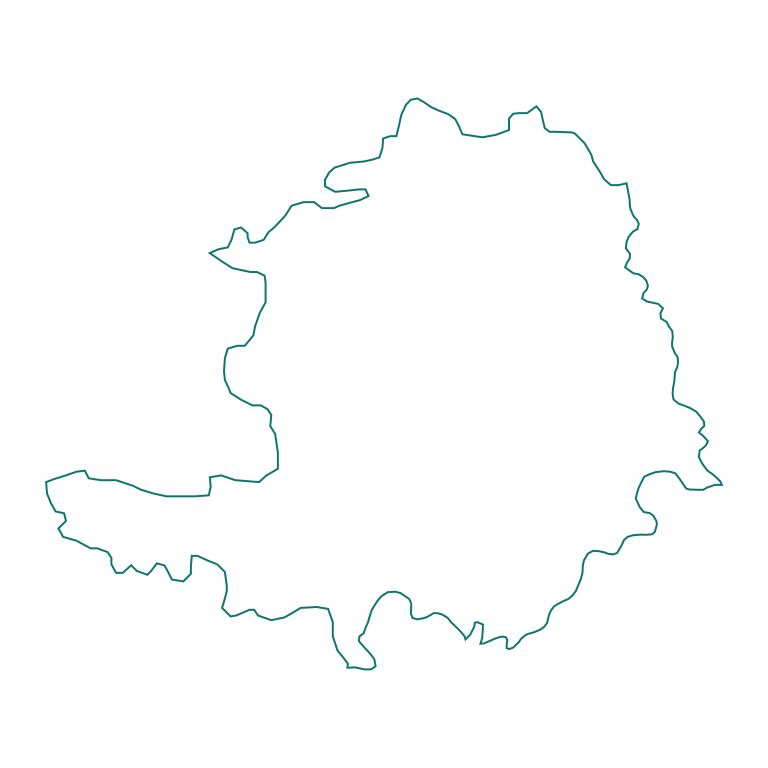 the district of Asipovichy, Mogilev, Belarus
{"feature_id": "67162791B915008440335", "entity_name": "Asipovichy", "entity_type": "district", "adm_level": 2, "iso_a3": "BLR", "parent_name": "Belarus", "parent_adm1": "Mogilev", "projection": "mercator", "projection_center": [28.671, 53.35], "detail": "fine", "context": "isolated", "style": "outline", "palette": "teal", "viewbox_px": 768, "rotation_deg": 0, "n_neighbors": 0, "source": "geoboundaries", "source_scale": "gbopen_adm2", "svg_char_len": 4512}
<svg xmlns="http://www.w3.org/2000/svg" viewBox="0 0 768 768"><path d="M465.5,639.4L470.2,634.7L472.9,629.5L474.3,626.5L474.8,622.7L477.5,622.2L483.0,624.6L482.7,631.4L482.1,638.2L480.5,643.7L484.0,643.4L489.2,641.2L494.6,638.8L499.5,637.1L502.9,636.6L505.9,637.3L507.3,640.1L506.8,643.7L506.6,648.1L509.2,649.1L513.4,647.5L516.3,644.4L518.4,642.7L521.2,638.7L525.0,635.5L527.8,634.0L533.6,632.4L540.0,629.8L544.0,627.0L547.1,623.0L548.9,615.2L550.8,610.8L554.1,606.3L558.1,603.9L563.5,601.1L568.7,598.8L572.9,595.0L576.0,590.8L577.8,586.3L580.9,578.8L582.5,572.7L582.8,565.6L584.0,560.2L588.0,553.6L592.9,550.8L598.3,551.1L603.9,552.2L608.6,553.9L613.3,554.4L617.1,553.0L620.8,546.8L622.7,543.0L624.0,540.0L627.6,536.9L632.8,535.3L640.2,534.6L646.3,534.8L652.0,534.3L654.6,532.2L655.6,529.2L656.9,524.4L656.5,521.3L653.4,515.7L649.6,513.0L643.8,512.1L639.6,506.9L638.3,503.9L635.8,498.6L637.3,492.0L638.6,488.0L641.4,482.2L644.2,476.8L649.1,474.4L655.4,472.2L663.5,471.2L670.3,471.7L675.4,473.4L679.2,478.3L683.7,485.0L686.2,488.5L689.1,489.5L698.6,489.8L703.2,489.8L707.0,487.6L714.9,484.9L721.9,484.9L720.3,481.4L716.8,477.9L712.8,474.4L707.4,470.6L702.0,463.3L698.9,457.2L699.6,450.6L702.7,448.3L706.0,445.3L707.9,441.2L703.1,435.8L698.9,432.6L701.0,429.0L704.3,426.0L703.9,421.5L700.1,416.3L696.3,411.7L690.2,408.1L684.6,405.8L678.5,403.6L673.5,399.4L672.6,393.6L673.1,387.9L674.3,381.5L675.0,372.2L677.3,367.0L678.0,362.8L677.7,357.3L674.7,352.8L672.1,346.5L672.1,341.8L672.8,337.6L672.3,331.2L668.6,326.0L666.7,322.0L660.9,318.5L660.4,313.6L662.9,308.2L658.2,303.9L654.0,303.0L647.2,301.6L642.2,298.5L643.4,293.2L646.9,289.4L647.9,285.6L646.3,280.7L643.2,277.1L638.7,274.3L633.1,273.2L625.1,267.3L627.2,262.3L629.6,258.6L630.0,253.9L625.8,248.2L626.7,241.6L628.6,237.0L632.9,231.6L637.3,229.2L638.8,223.8L636.6,219.5L633.6,216.3L630.3,208.5L629.8,204.7L629.6,199.4L626.5,183.3L618.7,185.1L610.8,185.1L604.1,179.1L599.9,171.8L593.2,161.5L591.4,154.9L584.7,143.4L575.1,133.7L572.0,132.4L563.0,132.1L555.7,131.8L549.6,131.8L544.8,128.2L543.0,120.9L541.1,111.9L536.3,106.4L527.2,113.1L519.3,113.1L513.3,113.7L509.0,118.5L509.0,130.0L495.7,134.9L482.4,137.3L462.4,134.3L458.8,125.8L455.2,119.1L448.5,114.3L438.8,110.6L430.9,107.0L424.9,102.8L417.6,98.5L410.9,99.7L406.1,104.6L401.3,114.9L398.8,126.4L396.4,136.1L390.4,136.1L383.1,138.5L382.5,147.6L379.5,157.3L372.2,159.7L363.7,161.5L351.9,162.6L350.4,162.7L334.6,167.6L329.2,172.4L325.0,179.7L325.0,186.3L335.2,191.8L348.0,190.6L358.9,189.4L365.5,189.4L368.6,196.0L359.5,200.3L352.2,202.1L339.5,205.7L334.0,208.1L328.0,208.1L321.9,208.1L314.0,202.1L303.8,202.1L291.6,205.7L285.0,216.0L275.1,226.6L268.4,232.3L263.7,239.8L255.2,242.7L249.5,242.7L247.6,237.0L247.6,233.2L241.0,227.5L234.4,229.4L231.5,239.8L227.8,247.4L218.3,249.3L209.8,253.1L222.1,261.6L232.5,268.2L250.5,272.0L257.1,272.0L264.7,275.8L265.6,283.4L265.6,294.7L265.6,302.3L259.9,312.7L255.2,325.9L253.3,335.4L244.8,345.8L237.2,345.8L227.8,348.6L224.9,358.1L224.0,371.4L224.9,379.9L229.6,390.3L230.6,393.1L241.0,399.7L252.4,405.4L260.9,405.4L267.5,409.2L271.3,414.9L270.3,426.2L275.1,433.8L277.9,452.7L277.9,468.8L266.5,475.4L259.0,482.1L235.3,480.2L221.1,475.4L209.8,477.3L210.7,486.8L208.8,495.3L195.6,496.3L180.4,496.3L166.3,496.3L153.0,493.4L140.7,489.6L133.1,485.8L116.1,480.2L101.0,480.2L88.7,478.3L84.9,470.7L76.4,471.7L66.0,475.4L53.6,479.2L52.4,479.7L46.1,482.1L47.0,493.4L50.8,502.9L55.5,511.4L64.1,513.3L66.0,520.9L58.4,528.4L63.1,536.9L76.4,540.7L90.6,548.3L97.2,548.3L107.6,552.1L111.4,557.8L111.4,564.4L116.1,572.9L122.7,572.9L131.2,565.3L136.9,571.0L147.3,574.8L151.1,571.0L156.8,563.4L164.4,565.3L168.1,572.0L171.9,579.5L183.3,581.4L190.9,573.8L190.9,566.3L191.8,555.9L197.5,555.9L207.9,560.6L217.3,564.4L224.9,572.0L226.8,586.1L226.8,590.9L224.9,598.4L222.1,607.9L230.6,616.4L236.3,615.5L249.5,609.8L254.2,609.8L258.0,615.5L271.3,620.2L284.5,617.4L291.2,613.6L300.6,607.9L316.7,607.0L328.1,608.9L332.8,622.1L332.8,636.3L337.5,650.5L342.2,656.2L347.9,663.7L347.4,667.7L355.0,667.4L365.3,669.5L371.2,669.3L375.6,666.2L374.3,659.2L370.5,654.1L362.9,645.8L358.9,641.1L359.4,636.4L363.6,633.4L365.6,627.7L368.1,622.0L369.6,616.6L371.7,610.1L376.8,601.8L381.0,596.6L387.6,592.2L395.4,591.7L400.6,593.1L404.5,595.7L409.2,599.0L411.2,603.3L411.1,608.9L410.9,613.6L412.6,618.0L417.3,619.3L423.1,618.3L426.9,617.1L430.6,615.0L433.7,613.1L437.9,613.3L442.2,614.5L447.6,617.8L451.1,622.3L455.4,626.3L460.8,631.7L464.5,636.2L465.5,639.4Z" fill="none" stroke="#0f766e" stroke-width="2"/></svg>